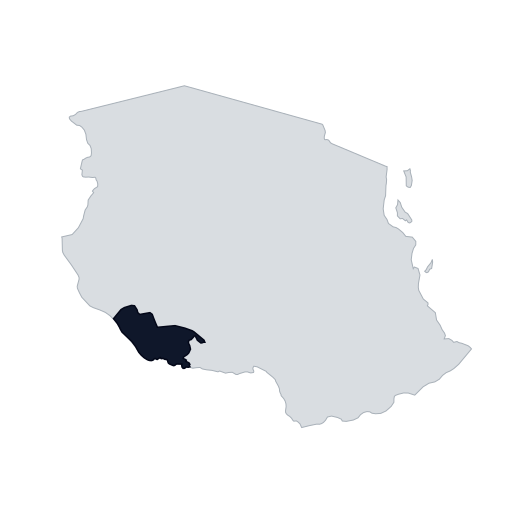 United Republic of Tanzania, with Rukwa highlighted, rotated 346°
{"feature_id": "TZA-3336", "entity_name": "Rukwa", "entity_type": "Region", "adm_level": 1, "iso_a3": "TZA", "parent_name": "United Republic of Tanzania", "parent_adm1": "", "projection": "orthographic", "projection_center": [31.645, -7.987], "detail": "fine", "context": "in_parent", "style": "filled", "palette": "ink", "viewbox_px": 512, "rotation_deg": 346, "n_neighbors": 0, "source": "natural_earth", "source_scale": "10m", "svg_char_len": 5238}
<svg xmlns="http://www.w3.org/2000/svg" viewBox="0 0 512 512"><g transform="rotate(346 256 256)"><path d="M191.1,359.2L185.6,356.3L180.6,354.5L176.6,352.6L174.7,350.6L170.9,349.9L167.6,349.6L164.5,347.8L158.2,347.1L157.5,345.9L157.4,343.3L156.3,342.6L154.1,342.0L151.6,342.0L150.1,342.4L149.2,342.2L147.1,340.6L145.2,338.7L144.5,335.5L141.6,333.5L138.3,331.9L129.1,332.1L127.6,331.6L125.4,330.0L122.8,327.4L120.8,324.4L118.9,320.3L117.0,314.8L106.4,292.9L105.3,288.7L103.2,284.1L99.8,278.5L96.2,274.3L91.3,270.5L85.7,266.8L82.7,264.2L77.0,253.9L75.8,249.1L74.9,244.1L75.2,242.1L78.8,235.6L79.1,233.8L78.7,231.3L76.9,226.2L74.7,220.0L70.1,208.7L69.4,205.8L69.5,203.7L72.1,192.1L72.1,190.5L82.8,190.7L90.5,185.6L97.3,178.0L98.7,174.9L101.4,170.0L104.1,167.6L105.2,165.9L106.7,161.1L110.3,157.8L113.8,155.3L113.0,153.5L113.6,152.9L115.5,151.6L119.1,150.4L119.9,147.9L119.9,145.0L119.3,143.4L119.4,141.6L118.8,140.6L116.4,140.3L112.8,138.9L109.8,138.3L107.7,137.5L107.0,136.8L106.7,135.1L108.3,130.7L106.7,128.9L110.4,121.6L111.1,120.7L112.4,120.6L114.6,119.8L116.6,119.5L118.2,119.7L119.4,119.4L120.4,118.6L121.3,116.1L122.1,112.0L121.7,108.6L120.1,106.0L119.7,102.1L120.4,96.8L119.9,92.3L118.2,88.8L116.4,86.7L113.7,85.7L109.5,80.4L108.2,77.7L108.4,76.1L109.9,75.4L112.6,75.7L115.1,75.0L117.5,73.5L119.7,73.1L121.0,73.4L227.7,73.5L352.0,144.1L352.5,144.9L353.4,150.9L353.2,152.9L351.3,156.3L350.7,158.1L350.7,159.4L351.2,159.9L352.8,160.1L354.2,160.9L354.7,161.6L355.7,164.2L357.0,165.5L403.7,200.4L404.8,200.9L404.1,203.8L401.4,210.7L401.2,213.5L400.1,216.9L399.1,219.2L396.3,228.9L394.0,232.5L390.8,241.0L390.2,247.6L391.9,252.2L392.4,256.5L396.0,260.8L398.8,262.3L400.8,264.3L404.1,268.8L406.1,273.2L412.2,275.5L414.6,280.5L413.7,283.9L410.7,286.7L408.0,291.2L405.7,297.2L405.5,306.4L407.0,305.0L410.2,307.3L410.5,314.1L407.0,321.9L405.9,325.6L405.6,328.7L407.9,338.2L411.5,343.1L411.2,344.6L410.2,345.8L416.3,354.4L415.7,361.8L417.9,367.6L418.8,372.6L420.3,376.5L420.5,379.1L418.5,382.0L423.1,382.8L425.7,385.3L426.9,387.6L430.3,387.6L432.0,389.2L434.6,390.5L440.2,394.5L441.7,396.5L442.6,398.3L426.5,410.1L420.7,413.1L416.6,414.5L412.3,415.2L408.1,417.0L404.1,419.9L399.1,421.4L393.0,421.3L386.6,423.3L376.4,429.4L370.6,425.8L366.0,424.6L360.7,424.6L357.5,425.0L356.3,425.7L355.3,427.9L354.4,431.3L350.8,434.6L344.7,437.8L339.0,438.9L333.9,438.0L330.5,436.6L328.7,434.7L326.0,433.8L322.5,433.9L319.1,435.2L315.8,437.7L310.7,438.7L303.6,438.3L299.8,437.0L299.3,435.0L296.2,432.5L290.6,429.6L286.4,429.5L283.7,432.2L281.2,433.8L279.0,434.5L277.0,434.6L274.1,433.8L266.3,433.5L258.8,433.5L258.1,429.6L256.6,427.2L255.3,425.8L252.7,425.4L252.0,424.3L251.2,421.9L249.9,419.8L248.3,418.1L247.3,416.5L246.9,415.0L247.2,413.4L248.8,409.4L249.3,406.7L249.2,403.9L248.4,401.0L246.6,397.6L246.8,396.6L246.3,394.3L246.2,392.6L246.6,390.6L246.3,387.9L244.8,382.2L244.8,380.7L243.2,377.9L238.3,371.4L238.1,370.5L230.3,363.8L227.2,362.4L226.1,363.6L225.6,364.8L226.0,366.9L225.8,367.9L225.4,368.4L223.6,368.3L222.4,368.1L219.5,366.3L217.2,365.8L211.5,366.1L209.5,366.5L207.9,366.1L204.9,363.1L201.3,362.4L198.1,362.3L192.9,358.8L191.1,359.2ZM413.4,251.5L415.9,258.8L415.5,260.2L413.7,261.0L412.7,261.0L411.6,259.9L410.9,257.4L409.5,258.0L407.2,255.0L404.9,254.8L402.9,251.3L403.7,248.2L403.3,243.1L405.8,240.4L407.3,236.0L408.9,239.1L409.2,243.9L411.3,249.5L413.4,251.5ZM426.4,208.6L426.5,210.3L426.0,211.9L426.1,217.1L425.8,220.5L423.8,225.2L422.2,226.8L420.8,226.3L419.7,225.5L418.8,224.2L420.8,215.6L419.9,209.2L423.5,209.9L426.4,208.6ZM419.5,313.1L417.7,313.5L417.0,313.1L416.0,311.6L417.9,310.4L419.8,308.1L424.2,304.8L426.3,302.0L425.9,304.7L423.4,310.6L421.3,310.9L419.5,313.1Z" fill="#d9dde1" stroke="#a8b0b8" stroke-width="1"/><path d="M118.1,317.9L117.3,314.8L114.8,308.8L107.6,297.5L106.7,294.3L106.3,292.1L105.1,287.8L102.6,282.3L112.1,275.3L115.8,274.2L123.2,273.8L126.1,274.9L127.6,279.4L127.6,282.3L129.1,284.6L133.9,284.9L139.4,285.3L141.2,287.5L141.6,291.2L142.3,296.4L143.1,301.3L147.5,302.0L153.0,302.8L160.6,304.0L169.6,308.8L175.9,313.0L177.5,314.6L185.2,325.1L185.5,327.3L184.2,327.0L182.9,327.2L181.5,327.1L178.7,323.5L178.5,322.5L178.5,321.5L178.0,320.7L178.1,319.6L178.0,319.0L177.1,318.6L172.9,321.4L170.8,321.5L169.6,323.0L169.5,324.9L170.0,326.8L169.9,330.6L167.3,333.8L165.4,335.0L161.2,336.5L160.5,337.9L162.0,338.9L163.2,340.2L162.5,341.2L163.1,341.8L163.9,342.4L165.2,343.6L165.6,345.0L165.1,345.0L164.8,345.4L165.1,347.5L164.7,347.5L164.4,347.5L163.7,347.6L163.4,347.6L163.1,347.5L162.1,347.0L161.2,346.9L160.7,347.1L160.2,347.4L159.5,347.7L158.1,347.4L157.4,346.1L157.4,344.4L158.0,343.0L153.0,341.6L152.2,341.7L151.1,342.3L150.4,342.5L149.7,342.5L149.2,342.3L145.9,339.8L145.1,338.8L144.9,337.3L144.9,336.0L144.7,335.2L144.0,334.6L142.7,334.3L142.2,333.9L141.4,333.1L140.9,332.8L140.4,332.8L139.9,332.8L139.5,332.8L139.0,332.5L138.9,332.2L138.8,331.6L138.7,331.4L138.4,331.2L138.3,331.3L138.2,331.4L138.0,331.5L137.6,331.6L135.8,332.2L135.6,332.4L135.3,332.5L134.9,332.4L134.5,332.1L133.9,331.3L133.5,331.0L132.6,331.0L131.9,331.4L131.2,331.9L130.5,332.2L129.1,332.2L127.6,331.7L126.2,330.9L125.1,330.0L122.8,327.6L120.7,324.5L119.0,321.1L118.1,317.9Z" fill="#0f172a" stroke="#020617" stroke-width="1.5"/></g></svg>